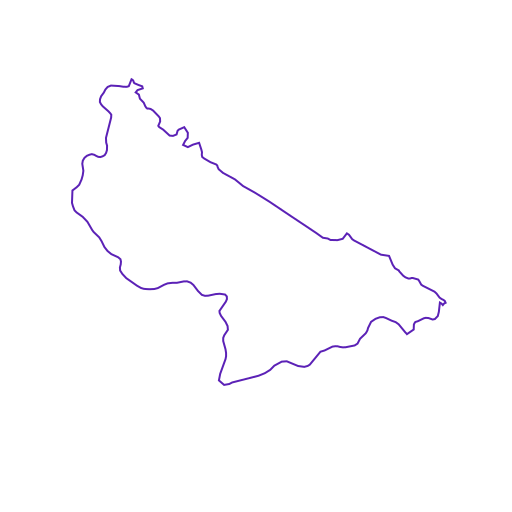 Miyazaki, Albers equal-area conic projection, rotated 287°
{"feature_id": "JPN-1831", "entity_name": "Miyazaki", "entity_type": "Prefecture", "adm_level": 1, "iso_a3": "JPN", "parent_name": "Japan", "parent_adm1": "", "projection": "albers", "projection_center": [131.344, 32.095], "detail": "fine", "context": "isolated", "style": "outline", "palette": "violet", "viewbox_px": 512, "rotation_deg": 287, "n_neighbors": 0, "source": "natural_earth", "source_scale": "10m", "svg_char_len": 3081}
<svg xmlns="http://www.w3.org/2000/svg" viewBox="0 0 512 512"><g transform="rotate(287 256 256)"><path d="M388.6,85.3L388.3,86.6L387.4,87.7L386.3,88.4L385.7,89.1L385.2,93.6L385.0,97.6L383.2,98.7L380.0,94.2L377.3,93.1L376.1,96.8L372.5,99.0L369.8,103.8L366.9,106.3L365.8,107.6L365.2,108.9L365.3,109.3L365.6,110.1L365.8,112.2L365.0,115.1L361.0,122.3L359.7,123.9L356.6,125.0L351.9,124.5L351.0,125.7L349.7,130.3L345.9,138.2L346.6,141.5L349.0,144.5L352.8,144.4L354.3,145.2L358.2,149.7L353.9,154.8L349.0,156.1L345.3,154.6L340.9,153.8L340.2,159.0L344.1,163.2L347.6,168.5L341.8,172.6L339.5,174.0L336.8,174.6L335.0,175.6L334.1,177.9L332.4,185.0L331.9,191.2L331.2,192.5L330.0,193.2L328.1,194.9L325.8,200.2L323.1,213.5L319.1,223.2L316.3,236.2L311.9,252.8L304.2,278.2L295.6,306.9L293.0,314.6L293.7,319.5L293.1,322.5L295.0,329.3L297.8,333.9L304.2,336.3L303.5,338.7L300.2,343.1L299.5,345.3L293.8,375.1L295.0,383.2L287.7,389.2L284.9,392.5L283.9,396.9L283.3,397.3L280.2,402.5L279.3,405.1L279.0,408.4L279.6,410.1L280.4,411.1L280.8,412.3L280.9,418.0L279.8,419.4L276.9,422.4L276.3,424.3L274.1,437.1L272.9,439.6L269.9,443.7L269.1,446.1L268.8,448.1L268.2,449.7L266.7,451.0L265.8,450.0L265.2,449.6L263.7,449.0L264.7,447.4L264.9,446.7L265.2,445.5L256.0,447.2L251.7,447.4L248.0,445.5L246.9,443.5L247.1,439.1L246.5,436.4L245.5,434.7L241.0,429.9L239.5,427.7L238.4,427.3L236.7,427.0L231.8,428.3L227.9,425.2L225.4,423.2L225.9,422.5L226.5,421.3L232.4,412.4L233.6,408.9L233.8,404.6L234.7,398.4L234.8,395.6L233.6,392.3L230.9,388.7L226.7,385.3L219.9,384.2L217.5,384.3L215.5,383.9L214.1,383.5L207.3,379.7L201.9,378.7L199.3,376.5L194.9,368.3L194.0,365.6L193.6,362.9L193.5,360.3L192.9,358.2L191.7,355.6L185.7,349.2L183.3,345.6L167.8,339.2L166.0,337.6L164.1,334.6L163.1,328.4L164.3,316.2L162.5,311.5L156.5,305.6L151.3,302.9L146.5,298.7L142.2,293.4L128.1,270.2L125.8,267.9L123.4,263.2L126.2,256.9L132.9,256.2L148.5,257.0L151.4,256.7L154.6,255.7L157.9,254.1L165.1,249.5L168.1,248.6L170.9,248.8L177.2,250.7L180.7,249.3L184.1,246.1L188.5,240.1L190.9,237.9L192.8,237.1L203.5,240.5L206.3,240.8L208.8,239.9L210.1,237.7L209.3,232.4L207.8,228.6L204.1,221.9L203.0,218.9L203.0,215.6L205.6,210.7L210.0,204.6L211.4,201.3L211.6,197.5L210.6,194.4L207.3,188.3L206.0,184.1L204.0,179.5L201.6,176.5L196.6,171.5L194.7,168.4L193.1,163.9L192.3,160.7L191.8,158.2L191.8,155.4L192.8,150.9L196.9,138.4L199.8,133.4L202.4,130.3L205.3,129.2L208.4,129.1L211.2,128.5L213.3,127.3L214.5,124.5L215.5,117.1L217.4,112.5L220.2,108.5L225.0,104.0L228.0,100.6L231.5,93.7L232.9,91.8L239.4,84.8L242.8,78.8L245.2,71.7L246.6,69.1L250.2,66.3L253.0,64.5L265.0,61.3L269.3,64.4L272.4,66.1L278.2,66.8L282.5,66.7L287.0,66.0L293.4,62.9L296.6,62.5L299.8,63.3L302.4,65.0L304.2,67.2L305.4,69.2L305.5,71.8L305.0,73.9L304.7,76.1L305.1,78.2L306.5,80.2L308.2,81.8L310.8,82.5L313.7,82.5L318.0,81.3L320.6,79.6L325.1,78.0L346.0,77.0L348.8,76.3L349.8,75.0L351.2,72.6L354.4,65.6L355.8,63.5L357.6,61.7L360.3,61.0L363.5,61.2L367.8,62.7L371.2,63.3L374.3,64.7L376.6,67.5L378.5,75.5L379.1,79.8L380.1,83.1L381.2,84.7L388.6,85.3Z" fill="none" stroke="#5b21b6" stroke-width="2"/></g></svg>